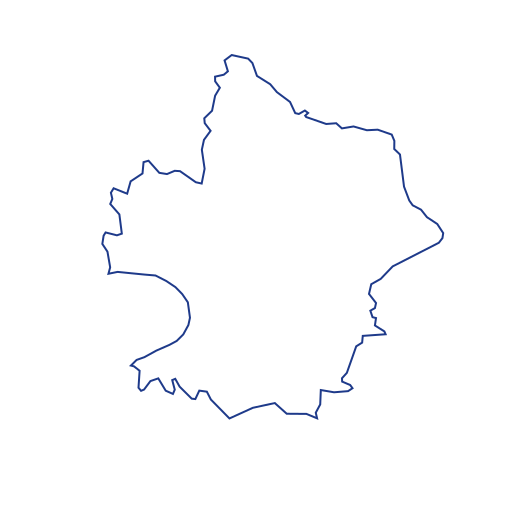 the Unitary Single-Tier County of Wiltshire, rotated 207°
{"feature_id": "GBR-2757", "entity_name": "Wiltshire", "entity_type": "Unitary Single-Tier County", "adm_level": 1, "iso_a3": "GBR", "parent_name": "United Kingdom", "parent_adm1": "", "projection": "equal_earth", "projection_center": [-1.898, 51.324], "detail": "fine", "context": "isolated", "style": "outline", "palette": "blue", "viewbox_px": 512, "rotation_deg": 207, "n_neighbors": 0, "source": "natural_earth", "source_scale": "10m", "svg_char_len": 1810}
<svg xmlns="http://www.w3.org/2000/svg" viewBox="0 0 512 512"><g transform="rotate(207 256 256)"><path d="M297.2,83.7L300.9,85.3L307.6,100.9L314.6,102.3L317.7,101.6L315.2,109.2L309.5,115.2L301.9,126.4L292.8,137.5L288.1,144.3L285.2,153.1L284.9,163.8L286.8,171.0L295.7,183.8L304.5,188.6L313.7,191.7L324.7,193.0L336.7,193.0L346.5,189.0L359.8,183.8L372.1,179.0L379.4,173.2L380.8,179.7L390.3,192.4L398.4,197.0L401.0,204.9L400.7,208.7L389.3,211.3L385.7,215.0L396.6,231.0L409.5,236.2L409.9,241.6L414.0,246.5L413.6,251.7L399.1,253.0L401.6,265.6L394.6,278.0L398.8,288.6L395.0,292.1L379.9,286.2L372.5,288.6L367.1,295.0L362.2,297.1L343.1,294.4L337.3,295.9L341.4,310.4L352.5,326.1L355.1,335.9L353.3,346.9L362.0,351.1L364.6,355.2L361.1,365.5L365.2,380.3L364.6,389.5L371.7,393.1L373.9,397.2L367.0,402.9L364.9,407.8L372.8,416.0L368.9,424.0L352.6,428.3L346.8,426.3L336.9,416.9L321.3,415.5L311.8,411.5L295.6,408.7L285.9,401.1L282.3,402.0L278.5,407.8L274.5,407.1L275.9,403.4L274.4,402.6L253.4,405.5L244.8,410.7L237.4,408.7L227.9,415.7L214.3,418.4L204.9,423.8L190.2,425.8L185.0,421.4L181.4,414.1L173.8,411.8L155.6,385.0L144.6,375.0L139.4,372.3L130.0,372.2L121.3,368.2L109.0,366.8L99.6,361.4L98.0,356.6L99.1,350.8L129.5,308.8L134.5,292.2L140.5,283.2L138.1,273.5L127.7,268.6L126.4,263.6L129.3,259.2L124.4,254.4L120.9,255.2L118.5,248.1L107.4,247.1L105.0,245.1L124.6,233.3L122.1,227.0L125.7,221.0L124.4,211.3L122.0,193.1L123.9,186.1L122.2,183.2L113.5,183.8L110.0,182.0L112.6,177.4L124.6,170.0L137.4,166.0L131.4,152.9L131.6,143.5L127.9,139.1L139.4,138.2L157.0,129.4L172.5,133.5L189.9,119.3L205.9,99.2L231.0,107.6L238.2,112.8L245.4,110.3L245.1,101.0L248.5,99.7L264.7,104.9L272.2,109.9L274.3,107.4L267.7,100.0L267.4,95.4L275.3,95.0L287.5,102.6L293.3,96.6L295.1,86.2L297.2,83.7Z" fill="none" stroke="#1e3a8a" stroke-width="2"/></g></svg>